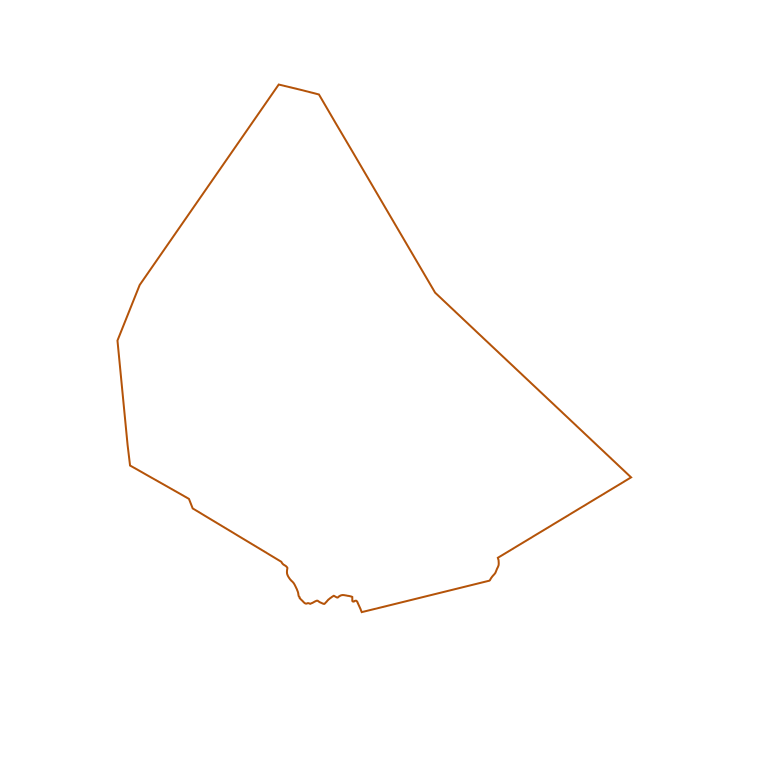 San Luis, Comayagua, Honduras (Natural Earth projection), rotated 26°
{"feature_id": "27666195B17713094876682", "entity_name": "San Luis", "entity_type": "district", "adm_level": 2, "iso_a3": "HND", "parent_name": "Honduras", "parent_adm1": "Comayagua", "projection": "natural_earth1", "projection_center": [-87.433, 14.775], "detail": "fine", "context": "isolated", "style": "outline", "palette": "amber", "viewbox_px": 768, "rotation_deg": 26, "n_neighbors": 0, "source": "geoboundaries", "source_scale": "gbopen_adm2", "svg_char_len": 4641}
<svg xmlns="http://www.w3.org/2000/svg" viewBox="0 0 768 768"><g transform="rotate(26 384 384)"><path d="M647.0,359.6L560.4,332.6L446.6,297.2L389.9,279.5L253.7,188.9L225.7,170.4L198.6,152.3L180.2,156.1L158.1,161.0L138.2,290.3L121.0,402.1L125.4,461.8L180.2,551.1L191.5,568.6L205.1,569.4L209.6,569.7L258.1,572.7L259.1,572.8L266.6,579.7L369.6,588.8L369.9,589.0L370.3,589.2L370.6,589.5L370.8,589.6L371.0,589.7L371.2,589.8L371.4,589.9L371.5,589.9L371.7,590.0L372.0,590.1L372.4,590.3L372.6,590.3L372.9,590.4L373.1,590.4L373.3,590.4L373.6,590.4L373.8,590.5L374.2,590.5L374.4,590.5L374.5,590.5L374.9,590.6L375.2,590.6L375.3,590.6L375.7,590.7L375.9,590.8L376.1,590.8L376.6,591.0L377.1,591.2L377.3,591.3L377.5,591.4L377.6,591.5L377.8,591.7L377.8,591.8L377.9,592.0L378.0,592.2L378.0,592.3L378.1,592.5L378.2,592.9L378.2,593.0L378.3,593.2L378.3,593.3L378.4,593.6L378.5,593.9L378.6,594.1L378.9,594.9L379.2,595.6L379.4,595.9L379.5,596.0L379.6,596.3L379.8,596.6L379.9,596.8L380.1,597.0L380.3,597.3L380.5,597.5L380.8,597.7L380.9,597.9L381.2,598.1L381.3,598.2L381.5,598.4L381.6,598.5L381.9,598.7L382.3,599.0L382.5,599.1L382.9,599.4L383.4,599.7L383.9,600.0L384.5,600.3L385.0,600.6L385.4,600.8L385.7,600.9L386.0,601.0L386.3,601.1L386.6,601.3L386.9,601.4L387.1,601.5L387.4,601.6L387.7,601.6L388.0,601.7L388.3,601.8L388.5,601.9L389.0,602.1L389.5,602.3L389.8,602.4L390.1,602.6L390.3,602.7L390.8,603.0L391.4,603.4L391.7,603.6L393.0,604.6L393.8,605.2L394.5,605.8L395.2,606.3L395.9,606.9L396.6,607.6L397.2,608.1L397.5,608.4L397.8,608.7L398.1,609.0L398.4,609.4L398.5,609.5L398.7,609.8L398.8,610.0L399.0,610.2L399.0,610.3L399.2,610.6L399.3,610.7L399.4,610.8L399.6,611.1L399.9,611.5L400.0,611.6L400.1,611.8L400.3,612.0L400.6,612.2L400.7,612.3L400.8,612.3L401.0,612.4L401.2,612.5L401.3,612.5L401.5,612.6L401.7,612.8L401.8,612.8L401.9,613.0L402.0,613.1L402.1,613.3L402.2,613.5L402.3,613.5L402.6,613.6L403.9,614.1L404.6,614.3L405.5,614.6L406.4,614.9L407.1,615.2L407.7,615.4L408.0,615.5L408.4,615.6L408.5,615.6L408.9,615.7L409.1,615.7L409.4,615.7L409.6,615.7L409.9,615.6L410.1,615.6L410.3,615.5L410.5,615.4L410.8,615.2L411.1,614.9L411.2,614.7L411.3,614.6L411.5,614.5L411.7,614.4L411.8,614.3L412.1,614.2L412.3,614.1L412.5,614.0L412.9,614.0L413.0,614.0L413.4,614.0L413.5,614.0L413.7,613.9L413.8,613.9L414.1,613.8L414.1,613.7L414.3,613.6L414.5,613.4L414.6,613.2L415.1,612.7L415.3,612.4L415.6,612.2L415.8,611.9L416.0,611.6L416.1,611.4L416.3,611.1L416.5,610.9L416.6,610.7L416.9,610.3L417.0,610.1L417.2,609.9L417.3,609.7L417.5,609.5L417.6,609.3L417.8,609.1L418.0,608.9L418.3,608.5L418.4,608.4L418.5,608.3L418.7,608.2L418.8,608.1L419.0,608.0L419.3,608.0L419.5,607.9L420.0,608.0L420.3,608.0L420.6,608.1L421.1,608.2L421.3,608.2L421.6,608.2L421.9,608.2L422.3,608.3L422.8,608.3L423.3,608.2L424.0,608.2L424.5,608.2L424.8,608.2L425.1,608.2L425.4,608.1L425.8,608.1L426.1,608.0L426.3,608.0L426.4,607.9L426.5,607.9L426.7,607.7L426.8,607.7L427.0,607.4L427.1,607.2L427.2,606.8L427.3,606.5L427.4,606.1L427.5,605.7L427.7,605.2L427.9,604.6L428.0,604.0L428.2,603.3L428.3,603.0L428.4,602.8L428.4,602.6L428.5,602.4L428.5,602.2L428.7,601.9L428.9,601.5L429.4,600.3L429.8,599.6L430.2,598.9L430.5,598.2L430.8,597.8L430.9,597.6L431.1,597.2L431.4,596.9L431.5,596.7L431.7,596.4L431.8,596.4L432.1,596.3L432.6,596.4L432.8,596.4L433.1,596.4L434.5,596.5L435.3,596.5L435.5,596.4L435.8,596.3L436.0,596.2L436.2,595.9L436.3,595.7L436.4,595.3L436.4,595.2L436.5,595.1L436.7,594.8L436.7,594.6L436.8,594.5L436.9,594.3L437.0,594.2L437.2,593.9L437.3,593.7L437.5,593.5L437.5,593.4L437.7,593.2L437.8,593.1L438.0,592.9L438.1,592.7L438.3,592.6L438.5,592.4L438.9,592.1L439.1,592.0L439.2,591.9L439.3,591.8L439.7,591.7L439.8,591.6L440.0,591.5L440.9,591.2L441.6,591.0L442.9,590.6L444.2,590.3L445.0,590.0L445.8,589.8L446.6,589.6L447.3,589.5L447.5,589.4L447.8,589.4L448.2,589.3L448.3,589.3L448.7,589.3L448.8,589.3L448.9,589.5L449.0,589.6L449.1,589.8L449.4,590.4L450.0,591.6L450.3,592.3L450.5,592.5L450.6,592.8L450.8,593.0L451.0,593.1L451.3,593.1L451.5,593.1L451.8,593.0L452.0,592.9L452.2,592.7L452.3,592.7L452.4,592.4L452.5,592.2L452.7,591.9L452.8,591.8L452.9,591.7L453.0,591.6L453.2,591.4L453.4,591.3L453.5,591.3L453.6,591.2L453.9,591.1L454.0,591.0L454.3,591.0L454.6,591.1L454.8,591.2L455.1,591.3L455.4,591.5L455.5,591.5L455.8,591.8L456.3,592.2L456.7,592.5L456.8,592.7L457.0,592.8L459.3,594.7L461.6,596.6L462.0,597.0L462.4,597.4L463.2,598.1L464.0,598.8L486.7,579.9L564.9,514.6L565.2,514.0L565.3,511.9L565.7,509.6L566.1,508.1L566.6,506.5L566.9,504.8L566.8,503.3L566.6,500.8L566.6,498.1L566.4,496.5L565.7,494.8L564.8,493.2L564.1,492.0L563.3,491.2L562.5,490.3L647.0,359.6Z" fill="none" stroke="#b45309" stroke-width="2"/></g></svg>